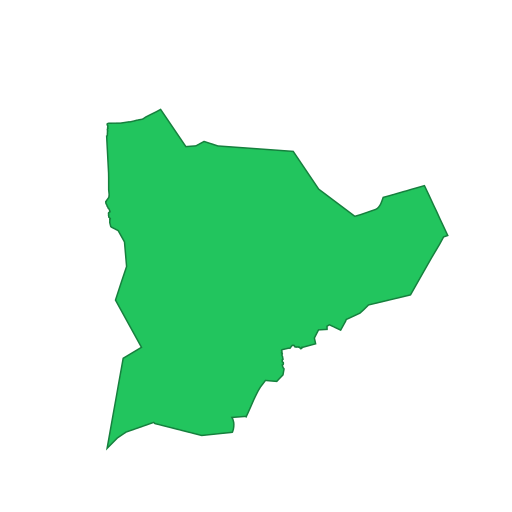 the district of Holtålen nor, Sør-Trøndelag, Norway, rotated 346°
{"feature_id": "86288312B65745471966188", "entity_name": "Holtålen nor", "entity_type": "district", "adm_level": 2, "iso_a3": "NOR", "parent_name": "Norway", "parent_adm1": "Sør-Trøndelag", "projection": "orthographic", "projection_center": [11.18, 62.863], "detail": "fine", "context": "isolated", "style": "filled", "palette": "green", "viewbox_px": 512, "rotation_deg": 346, "n_neighbors": 0, "source": "geoboundaries", "source_scale": "gbopen_adm2", "svg_char_len": 4650}
<svg xmlns="http://www.w3.org/2000/svg" viewBox="0 0 512 512"><g transform="rotate(346 256 256)"><path d="M245.6,140.0L233.3,132.3L224.3,134.6L214.4,132.9L198.9,90.7L194.3,91.9L187.8,93.3L182.6,94.5L180.5,95.3L179.5,95.6L178.9,95.8L175.0,95.5L174.7,95.6L172.8,95.4L170.6,95.5L166.2,95.4L165.2,95.1L156.6,94.3L145.8,91.7L144.9,91.5L144.4,91.6L143.9,91.7L143.6,91.8L143.5,92.0L143.4,92.3L143.4,92.6L143.3,92.8L143.4,93.0L143.7,93.5L143.6,93.9L143.7,94.0L143.6,94.6L143.4,94.8L143.3,95.0L143.4,95.3L143.2,95.6L143.0,95.8L143.0,96.0L143.2,96.3L143.2,96.5L142.9,96.7L142.6,96.9L142.4,97.0L142.4,97.3L142.4,97.5L142.3,97.8L142.2,98.1L142.3,98.4L142.4,98.5L142.3,98.8L142.3,99.1L142.0,99.4L141.8,99.6L141.8,99.8L141.8,100.0L141.7,100.3L141.7,100.5L141.6,100.9L141.6,101.0L141.5,101.3L141.2,101.6L141.2,102.1L141.2,102.3L141.1,102.6L141.0,102.9L140.8,103.2L140.6,103.4L140.3,103.5L140.1,103.5L137.5,116.8L137.4,117.4L133.0,140.0L131.9,144.7L129.1,156.0L128.4,160.8L127.9,162.2L128.0,162.3L127.7,162.8L127.2,163.7L126.6,164.2L125.4,165.2L124.3,166.1L124.1,166.4L124.0,166.6L123.9,166.8L123.5,166.8L123.5,167.0L123.4,167.1L123.3,167.3L123.3,167.6L123.2,167.9L123.1,168.1L123.1,168.4L123.2,168.6L123.2,168.8L123.3,169.4L123.3,169.5L123.4,170.0L123.5,170.1L123.5,170.3L123.6,170.7L123.7,171.0L123.7,171.4L123.6,171.6L124.0,172.7L124.1,173.0L124.1,173.3L124.1,173.8L124.4,174.2L124.7,174.7L125.0,176.3L125.1,176.7L125.0,176.9L124.9,177.2L124.9,177.3L125.1,177.5L124.9,177.8L124.8,178.0L124.7,178.0L124.3,178.1L124.1,178.1L123.9,178.1L123.6,178.3L123.5,178.5L123.3,178.6L123.2,179.0L123.1,179.3L123.2,179.6L123.1,179.8L123.1,180.0L122.9,180.3L122.9,180.6L122.8,180.8L122.7,181.1L122.8,181.5L122.6,182.4L122.6,182.8L122.9,183.1L123.0,183.3L123.3,183.9L123.5,184.1L123.7,184.4L123.7,184.7L123.5,184.9L123.0,185.0L122.8,185.5L122.8,185.9L122.8,186.4L122.6,186.8L122.5,187.1L122.2,188.2L122.2,191.5L122.2,192.3L122.6,192.9L123.0,193.3L128.4,198.0L131.8,210.5L127.9,234.9L119.4,248.2L109.0,264.8L122.8,316.9L102.4,323.1L90.9,348.7L85.3,361.3L81.7,369.3L79.0,375.3L65.0,406.6L77.5,399.0L87.3,395.4L116.4,392.7L116.6,392.8L116.8,393.1L117.0,393.5L117.1,393.8L117.5,394.2L159.9,417.0L190.3,421.3L190.6,421.1L192.1,418.7L193.1,416.3L193.8,413.9L194.1,412.1L194.1,410.6L194.0,408.5L193.6,406.8L207.0,409.1L207.5,409.7L210.1,406.5L213.7,401.9L219.0,395.0L221.3,392.2L223.6,389.5L225.6,387.2L228.6,384.2L235.1,379.0L239.9,380.7L245.8,382.7L248.9,380.7L253.4,377.9L255.1,374.1L255.9,372.3L255.2,370.6L255.1,368.1L255.9,367.9L256.0,367.8L256.3,367.6L256.5,367.2L256.4,367.0L256.4,366.9L256.5,366.6L256.7,366.2L256.7,365.9L256.3,365.6L256.1,365.2L255.9,365.0L256.0,364.9L255.9,364.7L256.1,364.2L256.2,363.9L256.2,363.7L256.2,363.4L256.2,363.2L256.3,363.1L256.6,363.1L256.9,363.0L257.2,362.8L257.2,362.7L257.3,362.5L257.3,362.4L257.2,362.2L257.2,361.7L257.3,361.3L257.3,360.9L257.4,360.6L257.4,360.2L257.4,359.8L257.3,359.3L257.1,358.7L257.1,358.4L257.2,358.2L257.4,357.8L257.8,357.5L257.9,357.3L257.8,356.9L257.8,356.7L257.6,356.6L257.3,356.3L257.3,356.1L257.5,355.9L257.9,355.7L258.0,355.6L258.0,355.4L258.0,355.2L258.0,354.9L258.1,354.6L258.0,354.3L258.1,354.1L258.0,353.7L258.4,353.4L258.6,353.2L265.1,353.3L266.7,353.7L269.2,351.6L269.4,351.6L269.5,351.6L269.8,351.7L270.2,351.6L270.3,351.5L270.5,351.6L270.8,351.8L271.1,351.8L271.2,352.0L271.3,352.2L271.5,352.3L271.5,352.5L271.4,352.7L271.5,352.9L271.6,353.0L271.8,353.3L272.0,353.4L271.9,353.7L272.1,353.8L272.3,353.8L272.5,353.9L272.8,354.0L273.1,354.2L273.3,354.2L273.5,354.0L274.0,354.2L274.3,354.4L274.5,354.4L274.8,354.3L275.0,354.7L275.2,354.8L275.7,354.7L275.9,354.8L276.0,354.9L276.0,355.1L276.1,355.3L276.4,355.6L276.5,355.8L276.5,356.0L276.8,356.2L276.9,356.5L277.1,356.6L277.1,356.8L277.3,356.8L277.5,356.7L277.8,356.7L278.1,356.6L278.3,356.2L278.5,356.1L278.4,356.0L278.4,355.9L278.4,355.7L278.8,355.7L279.0,355.9L292.6,355.6L292.8,349.7L298.8,342.8L307.2,344.4L307.4,343.6L307.9,341.3L310.6,340.5L312.4,342.0L320.2,348.4L327.2,340.9L328.2,339.4L332.1,338.7L340.8,337.0L343.0,336.6L347.8,334.0L352.2,331.4L353.3,330.7L396.5,331.1L413.5,313.2L425.9,300.2L436.9,289.1L442.6,282.9L443.5,282.8L447.0,282.5L444.9,271.7L443.4,264.2L442.0,256.5L440.7,250.2L438.6,239.2L437.5,233.8L436.7,229.7L436.4,228.5L427.0,228.8L423.4,228.9L421.0,229.0L417.9,229.2L414.9,229.2L412.8,229.3L399.5,229.8L393.6,229.9L391.6,232.9L389.8,235.4L388.9,236.4L388.1,237.2L387.3,237.8L386.8,238.3L385.0,239.3L384.2,239.5L383.6,239.7L383.0,239.8L381.9,239.9L378.2,240.2L374.1,240.6L367.1,241.2L364.1,241.3L361.5,241.4L345.9,222.2L333.0,206.3L317.4,163.5L282.3,152.0L245.6,140.0Z" fill="#22c55e" stroke="#15803d" stroke-width="1.5"/></g></svg>